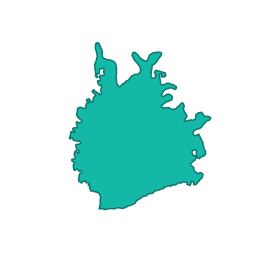 Mokhotlong, Mokhotlong, Lesotho, rotated 52°
{"feature_id": "5366337B57238161912633", "entity_name": "Mokhotlong", "entity_type": "district", "adm_level": 2, "iso_a3": "LSO", "parent_name": "Lesotho", "parent_adm1": "Mokhotlong", "projection": "albers", "projection_center": [29.07, -29.31], "detail": "fine", "context": "isolated", "style": "filled", "palette": "teal", "viewbox_px": 256, "rotation_deg": 52, "n_neighbors": 0, "source": "geoboundaries", "source_scale": "gbopen_adm2", "svg_char_len": 5780}
<svg xmlns="http://www.w3.org/2000/svg" viewBox="0 0 256 256"><g transform="rotate(52 128 128)"><path d="M174.0,200.4L175.1,198.7L176.2,198.0L176.5,197.0L177.8,196.6L178.3,196.1L180.0,192.2L183.3,188.4L184.3,185.5L185.9,183.6L188.3,181.6L189.2,178.3L189.5,175.9L190.5,173.6L191.3,170.4L191.6,168.3L190.6,166.5L190.6,165.6L191.0,162.7L191.3,157.9L192.4,156.1L192.7,155.1L192.5,153.4L192.7,151.6L193.6,150.6L194.6,148.7L194.1,146.3L194.6,144.5L195.5,143.1L195.7,141.7L196.3,140.7L196.9,138.2L197.4,137.4L197.5,136.3L197.1,135.8L197.7,133.7L199.0,130.8L199.4,130.4L200.0,130.4L200.0,128.4L200.2,127.8L200.4,128.4L201.0,126.5L201.8,126.3L202.2,124.7L202.2,124.0L202.1,121.7L203.5,120.9L204.1,120.1L203.8,119.5L203.8,118.6L206.6,115.4L207.6,115.1L208.8,116.2L211.4,114.6L210.6,112.6L209.5,111.8L209.0,111.2L209.2,110.6L211.3,109.5L212.5,110.7L213.2,110.9L214.4,109.4L213.5,105.5L213.7,105.1L213.0,103.1L212.9,100.6L211.5,98.2L210.0,97.4L208.5,97.9L207.4,98.9L207.3,100.6L206.6,101.1L204.0,101.9L202.4,102.1L200.9,101.8L200.5,100.9L199.9,100.6L198.5,100.6L197.8,101.1L195.8,101.6L194.8,100.8L194.9,100.0L194.4,98.0L194.6,95.0L193.6,93.1L192.0,92.1L191.3,92.0L190.8,92.3L190.2,93.3L189.2,93.4L187.1,93.0L185.6,91.5L186.1,88.6L188.4,88.0L189.7,89.6L192.7,91.0L193.1,91.5L194.3,91.7L196.0,90.7L195.9,88.6L196.7,85.3L196.7,84.1L196.1,82.6L195.1,82.2L194.2,81.3L191.0,80.9L189.6,80.0L186.4,78.5L185.6,77.8L184.7,77.9L179.3,76.6L178.2,76.6L177.0,76.1L176.1,76.5L176.2,77.2L175.8,79.0L175.4,79.8L174.6,80.4L173.1,80.5L171.6,79.3L171.0,77.9L170.8,76.3L172.5,71.5L172.6,69.6L171.9,67.7L171.0,61.8L171.9,59.1L171.6,57.5L170.9,56.6L169.9,56.7L167.8,58.0L166.3,60.1L165.5,60.7L163.6,60.3L160.9,60.4L159.4,63.3L159.3,65.7L159.7,66.8L161.4,68.0L162.4,69.4L162.3,71.1L161.3,72.6L160.5,73.2L158.8,76.9L158.4,78.6L158.1,78.7L158.1,79.0L157.5,79.5L157.2,79.4L157.0,78.5L156.0,77.4L155.5,75.0L154.2,73.9L149.3,73.4L147.2,72.7L146.3,72.3L146.4,71.8L145.7,70.5L144.3,69.8L141.8,69.4L141.5,69.8L141.5,72.1L142.0,74.2L141.9,75.7L142.3,78.6L141.6,80.1L140.2,82.0L137.1,83.4L136.3,84.3L135.8,85.4L133.0,88.7L131.5,88.4L130.9,86.2L131.1,81.2L132.1,78.9L132.7,76.0L131.5,74.4L130.5,73.9L129.1,73.8L126.9,74.6L125.4,76.6L125.0,80.7L123.8,81.6L123.3,81.6L122.3,81.0L121.0,77.7L120.6,75.6L120.9,73.6L121.6,72.4L121.9,71.1L122.8,69.4L125.7,67.7L126.3,67.6L126.6,67.0L126.5,65.8L125.8,64.8L124.8,64.5L123.6,65.2L122.4,65.4L119.2,67.7L118.0,68.2L117.1,69.2L115.2,74.9L113.5,75.2L108.9,72.5L105.5,71.1L105.2,69.7L105.8,68.4L106.5,68.5L107.5,69.9L108.3,70.1L110.1,67.9L110.2,66.6L109.7,65.7L107.5,64.8L100.0,70.2L99.8,71.0L100.3,72.5L100.9,73.1L103.4,73.5L103.8,73.8L105.0,76.1L104.7,77.3L103.9,78.0L103.3,78.3L101.8,78.3L101.0,78.0L99.8,76.4L97.4,74.8L96.3,73.0L93.8,70.7L93.5,69.5L93.9,68.0L93.5,65.1L93.3,63.9L92.1,61.4L91.7,58.8L90.7,56.2L89.7,55.6L88.6,55.7L87.7,56.4L84.6,61.1L84.0,63.3L83.8,66.3L86.7,71.1L86.7,71.9L86.4,72.7L84.7,73.9L80.7,75.2L80.4,75.5L76.4,75.2L73.1,75.9L72.3,76.4L71.7,77.7L72.1,78.8L73.3,80.1L74.8,80.6L75.6,80.3L77.6,81.1L85.1,80.8L87.2,81.0L89.5,82.0L91.3,83.5L91.8,85.3L91.6,87.6L90.2,89.0L89.3,93.5L90.6,98.3L89.9,100.5L90.3,101.8L90.1,102.3L90.7,102.9L90.3,104.4L89.9,104.8L90.6,108.6L90.1,109.5L87.4,109.7L85.3,109.1L78.7,104.6L77.6,103.0L75.2,101.4L74.1,100.4L69.9,98.2L66.5,98.3L65.3,99.3L63.9,99.8L61.2,102.4L58.2,104.2L56.8,104.4L55.3,103.9L51.7,100.9L43.3,98.8L42.4,99.2L41.8,99.9L41.6,101.0L42.8,102.8L45.2,104.7L49.5,106.4L52.5,107.9L56.2,112.8L57.5,115.4L59.5,116.3L60.8,117.5L62.4,118.2L65.6,120.2L66.5,121.4L68.2,121.7L68.9,121.5L69.2,121.1L69.0,120.7L67.0,120.4L66.2,119.5L67.4,117.3L67.2,116.8L65.1,115.2L64.5,114.3L64.1,114.3L64.0,113.7L65.0,112.3L65.8,110.6L66.6,110.2L68.8,112.8L70.6,113.2L71.5,113.9L71.2,115.6L69.4,117.5L69.7,118.2L69.6,118.9L70.0,119.2L73.4,120.0L73.4,120.7L73.1,121.9L72.2,122.8L72.7,123.5L75.7,124.5L77.5,123.9L77.6,122.8L78.1,122.4L78.4,122.5L79.6,123.5L81.2,126.3L84.2,127.4L84.9,128.5L84.8,129.6L84.1,130.1L83.2,129.5L82.6,129.6L81.2,130.5L78.8,131.3L76.8,131.6L76.6,131.9L76.8,133.3L77.5,133.8L78.3,133.9L79.1,133.5L82.2,133.1L83.0,136.6L84.8,138.9L85.8,139.4L85.9,140.2L84.9,140.9L82.0,140.6L80.7,141.1L80.3,142.9L80.9,143.9L81.6,143.8L82.8,142.8L83.7,142.6L84.1,143.2L83.1,144.8L83.3,146.0L84.5,147.6L86.1,148.7L86.4,149.4L85.8,150.4L83.7,151.7L82.2,153.0L81.6,154.4L81.7,155.6L82.2,156.4L83.2,157.0L85.4,159.9L86.3,160.4L89.1,161.0L90.1,160.8L90.4,160.4L92.0,160.5L92.8,159.8L94.4,160.6L94.7,162.0L93.9,163.1L91.7,164.4L91.5,165.2L93.8,166.5L95.0,166.7L96.4,167.7L96.3,168.3L95.2,169.6L94.3,171.5L95.0,172.3L96.1,172.6L97.1,172.0L98.1,172.0L98.6,172.4L95.8,175.2L98.2,177.8L99.3,179.6L100.2,180.5L101.2,180.0L100.8,178.4L101.7,177.7L103.6,178.6L105.0,177.9L107.4,175.8L108.3,174.6L109.7,174.1L110.4,174.2L110.9,175.5L110.5,177.0L109.2,178.4L109.2,179.6L112.5,181.3L114.2,181.5L115.3,180.7L117.2,181.4L117.4,182.4L116.9,183.2L114.2,183.0L113.7,183.6L114.5,185.4L116.0,186.8L118.6,187.5L119.6,188.6L118.3,191.2L118.3,191.8L119.3,192.4L122.2,191.7L122.7,191.9L123.6,194.0L127.5,196.4L128.7,195.9L128.7,194.0L129.3,193.3L130.9,193.1L131.8,193.3L132.2,193.0L132.2,191.5L132.6,191.2L133.4,191.2L134.3,192.1L134.7,193.0L134.4,193.9L134.4,194.5L136.0,196.5L136.9,197.2L137.9,198.5L139.3,199.4L140.1,199.4L142.7,198.5L142.8,197.8L142.6,197.5L142.5,195.9L143.0,195.4L143.3,193.8L143.5,193.7L144.0,193.7L144.7,194.5L145.4,194.6L145.8,194.4L146.5,193.2L147.8,192.9L148.3,193.3L148.6,194.5L150.8,193.8L151.7,195.4L152.8,195.3L153.7,195.8L154.9,196.1L155.4,195.3L155.6,194.4L157.9,193.6L158.7,191.9L159.6,192.2L160.5,191.4L161.5,191.4L162.6,190.9L163.7,191.2L164.6,191.9L165.7,191.9L166.8,193.5L169.7,195.9L170.5,196.3L171.4,196.2L171.6,197.8L172.4,198.8L173.3,199.3L173.5,200.1L174.0,200.4Z" fill="#14b8a6" stroke="#0f766e" stroke-width="1.5"/></g></svg>